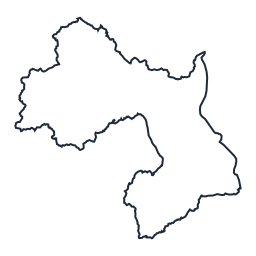 the district of Mahakam Hulu, Kalimantan Timur, Indonesia
{"feature_id": "22746128B30313932055345", "entity_name": "Mahakam Hulu", "entity_type": "district", "adm_level": 2, "iso_a3": "IDN", "parent_name": "Indonesia", "parent_adm1": "Kalimantan Timur", "projection": "robinson", "projection_center": [114.588, 0.666], "detail": "fine", "context": "isolated", "style": "outline", "palette": "slate", "viewbox_px": 256, "rotation_deg": 0, "n_neighbors": 0, "source": "geoboundaries", "source_scale": "gbopen_adm2", "svg_char_len": 5748}
<svg xmlns="http://www.w3.org/2000/svg" viewBox="0 0 256 256"><path d="M182.1,218.3L185.2,216.7L187.1,213.9L187.5,212.7L190.0,209.5L191.5,210.7L193.5,210.9L194.6,210.3L194.6,209.3L197.6,208.2L197.9,206.9L197.7,204.9L199.0,202.2L198.7,199.8L200.4,197.6L201.1,195.8L201.8,195.5L202.6,196.3L206.1,196.3L208.2,195.7L213.1,195.5L217.3,194.1L221.5,195.0L224.1,194.9L225.3,193.5L229.1,194.6L233.0,194.4L233.9,193.8L234.9,194.4L235.7,194.4L238.6,192.2L238.9,190.9L237.9,189.8L239.1,188.6L239.3,188.9L240.6,188.4L239.0,180.1L237.0,174.9L235.0,174.3L233.9,172.6L234.1,169.2L235.5,165.6L236.3,161.6L236.2,158.8L234.3,155.9L223.5,144.7L219.7,142.0L221.3,139.4L221.6,135.9L220.4,134.3L218.6,133.9L217.9,133.2L215.6,133.1L214.2,132.0L205.2,119.1L202.1,116.5L200.4,114.4L199.9,109.8L200.3,106.3L205.3,96.4L206.5,91.1L207.2,77.6L206.6,71.7L204.6,64.3L201.9,59.4L201.5,57.6L204.1,54.7L204.8,53.2L204.7,52.0L203.3,52.4L197.0,55.7L195.9,57.0L195.1,60.0L194.9,60.3L194.1,60.2L193.7,61.3L193.6,62.8L194.6,64.4L194.9,66.5L193.8,67.4L194.1,68.6L192.7,71.1L190.4,72.3L189.3,76.3L186.9,77.2L184.3,77.0L183.4,77.4L181.5,76.7L180.8,78.7L177.6,79.4L177.0,78.9L175.8,79.0L173.6,77.6L170.2,77.1L168.5,76.4L168.4,75.4L169.0,73.8L168.6,72.4L167.7,71.7L167.2,70.1L164.6,69.7L163.6,70.1L161.4,68.4L159.5,69.5L157.0,70.1L154.3,69.3L152.0,70.2L148.6,69.2L147.5,65.5L146.4,65.3L146.2,64.8L146.4,61.5L145.2,60.3L144.6,60.2L141.9,61.7L140.2,62.2L139.1,61.4L137.7,59.5L135.7,58.1L134.4,57.8L131.4,60.3L130.6,63.4L129.3,62.9L124.4,58.8L122.2,55.8L120.0,53.6L120.0,52.3L116.5,51.1L115.4,50.0L115.2,49.3L116.3,45.1L115.1,42.3L113.9,41.7L113.4,39.6L113.1,39.2L112.1,38.9L111.3,39.7L110.3,39.7L108.2,37.0L108.2,36.2L106.5,36.1L106.4,35.5L107.3,34.3L107.0,33.8L107.4,32.5L107.0,32.1L106.1,32.4L106.5,30.9L106.0,29.6L102.5,28.0L102.0,26.4L100.9,25.5L100.4,27.8L99.3,28.2L98.1,30.3L97.9,29.4L97.4,29.1L95.2,28.8L93.7,28.1L91.8,25.5L90.5,25.4L88.9,24.1L87.6,24.0L86.5,22.7L85.5,22.5L82.3,20.2L81.9,19.5L81.0,19.3L80.7,18.3L80.0,17.8L77.6,18.7L78.0,19.0L77.9,20.6L77.0,21.7L76.4,21.5L75.7,21.7L75.3,22.2L74.1,22.0L71.7,22.8L71.2,23.7L68.9,24.4L67.9,26.3L64.6,27.2L62.3,26.9L61.0,27.4L60.9,28.7L59.3,30.4L59.3,31.5L57.3,32.3L56.3,34.1L54.2,34.4L52.8,36.0L53.2,37.5L54.1,37.8L54.5,38.4L55.5,38.5L55.4,39.7L56.2,40.5L57.1,40.2L57.5,41.1L57.9,45.7L56.3,46.6L56.3,48.4L55.3,49.0L55.2,50.5L57.6,54.7L57.7,57.0L56.7,57.8L56.6,60.4L57.5,61.3L58.0,62.7L59.0,63.6L59.2,64.3L54.4,65.5L52.5,67.3L48.5,68.7L46.5,70.4L43.8,71.6L42.2,71.0L40.6,68.6L39.6,69.1L38.1,70.8L32.5,68.8L32.0,69.5L30.8,69.7L29.8,70.9L29.5,72.3L29.8,73.3L28.1,77.2L22.7,77.6L21.5,79.0L21.3,80.2L21.9,82.6L23.6,83.3L24.4,84.7L24.0,87.5L24.3,88.1L24.0,89.2L22.9,90.3L22.1,90.7L22.2,91.6L20.9,93.1L20.8,94.3L19.5,95.7L19.6,97.6L20.1,97.7L20.2,98.4L19.4,99.4L20.4,100.9L21.5,101.7L22.1,101.4L22.6,103.1L23.9,104.2L25.2,104.6L25.6,105.6L24.9,107.1L24.2,107.7L23.7,109.2L21.3,111.4L20.5,112.7L19.7,113.3L19.6,113.8L20.9,115.5L20.9,116.0L22.2,116.6L22.2,118.2L19.8,122.0L18.1,122.0L16.2,122.9L15.4,125.9L15.9,127.9L20.4,128.7L21.0,131.1L21.9,130.9L23.5,129.2L25.9,129.6L27.6,128.8L30.1,129.1L31.4,127.8L32.3,128.0L34.0,129.4L34.4,129.3L34.9,130.5L37.0,127.3L40.0,127.5L42.5,124.9L43.3,124.9L44.4,123.9L45.6,124.7L46.8,124.2L47.9,124.3L48.4,124.8L48.3,126.4L48.7,127.5L49.6,127.3L50.3,127.6L50.3,128.4L51.9,128.8L52.5,130.1L54.0,131.4L54.2,134.8L53.7,135.5L52.0,136.6L51.9,137.6L53.0,138.6L54.2,138.9L55.4,138.2L56.2,138.4L56.0,139.4L57.0,144.2L58.0,144.6L58.9,145.5L59.8,145.4L60.4,146.1L61.2,146.1L61.8,146.6L62.4,145.3L63.1,145.2L64.3,145.7L65.6,144.8L67.1,144.4L67.8,145.0L69.3,144.9L70.5,144.1L73.4,145.2L75.3,145.5L76.7,147.4L78.3,147.9L79.5,149.7L80.5,149.9L82.9,148.8L83.5,148.2L83.7,146.8L83.4,143.8L86.2,142.0L86.6,141.3L89.5,140.1L93.3,141.7L94.2,141.7L96.0,137.2L95.3,133.9L95.8,132.6L98.4,133.2L100.6,132.3L102.2,132.2L103.1,130.7L103.7,131.3L104.1,131.2L105.1,129.2L106.3,128.6L106.6,127.3L108.2,126.5L108.4,124.9L109.5,123.2L110.8,123.3L112.2,122.6L113.4,120.3L114.3,120.0L114.5,120.5L112.9,121.9L113.2,123.1L115.4,123.4L117.6,122.0L119.1,120.3L120.9,119.7L121.2,118.8L121.7,119.8L122.8,120.1L124.2,118.9L124.2,118.3L125.3,118.5L126.7,116.8L127.5,117.1L128.1,116.5L131.8,118.9L132.1,118.3L133.7,117.8L135.1,116.1L137.3,115.0L137.8,113.6L138.8,114.3L140.6,114.2L141.8,115.5L142.7,115.6L145.5,119.3L146.4,121.8L146.9,125.3L147.5,127.1L148.7,135.6L151.2,139.9L152.0,142.4L153.1,144.2L155.7,147.1L158.2,153.2L159.2,154.1L159.7,155.6L160.6,155.9L162.6,158.0L162.9,159.1L162.1,165.4L161.5,165.9L161.2,165.7L159.8,167.5L158.2,168.5L156.2,171.1L153.8,172.7L153.9,173.8L152.9,175.2L152.0,175.0L151.6,173.0L149.8,171.1L148.2,171.5L147.2,172.4L145.1,171.2L142.4,172.6L141.8,170.9L141.1,170.7L138.4,171.5L136.2,173.0L134.5,175.4L134.3,177.8L133.0,178.8L132.0,183.0L130.0,184.1L129.5,183.2L129.1,183.4L128.0,186.7L128.1,188.5L126.3,190.5L124.9,191.2L126.4,193.2L125.8,195.5L124.0,198.2L124.3,199.6L124.1,202.7L125.0,203.0L126.7,205.1L127.6,204.9L128.6,203.9L129.5,204.2L130.3,204.7L131.7,206.6L133.4,206.5L135.5,208.4L135.6,209.9L134.9,210.5L135.5,213.6L135.3,216.9L136.8,220.0L137.6,222.5L137.5,223.8L138.5,225.0L138.9,226.4L138.5,227.1L138.7,228.5L138.1,230.8L139.6,234.2L138.7,236.9L139.2,238.1L141.9,237.9L143.2,236.7L145.1,236.5L146.0,235.8L146.6,236.2L146.3,237.2L146.6,237.5L150.6,237.4L151.6,238.2L152.4,238.1L154.7,235.1L155.7,234.6L156.7,233.3L157.9,233.2L159.5,232.1L161.0,232.5L161.7,231.1L162.6,231.9L163.6,231.6L163.7,231.2L164.1,231.3L164.5,231.0L164.1,229.0L164.7,228.5L165.2,226.5L168.2,225.6L168.3,224.0L169.7,223.4L170.7,223.8L171.9,222.9L173.3,222.9L175.1,220.8L176.5,220.3L177.3,219.6L177.8,219.9L178.7,219.4L180.0,219.7L180.7,218.8L180.6,218.3L181.3,217.6L182.1,218.3Z" fill="none" stroke="#1e293b" stroke-width="2"/></svg>